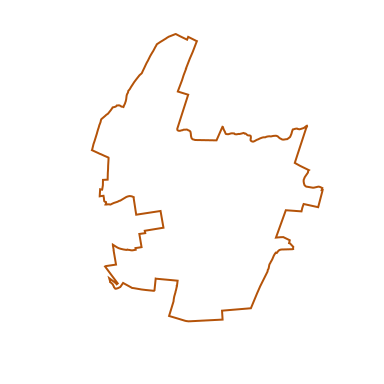 Daneasa, Olt, Romania, rotated 307°
{"feature_id": "2599482B91026732160109", "entity_name": "Daneasa", "entity_type": "district", "adm_level": 2, "iso_a3": "ROU", "parent_name": "Romania", "parent_adm1": "Olt", "projection": "orthographic", "projection_center": [24.592, 44.122], "detail": "fine", "context": "isolated", "style": "outline", "palette": "amber", "viewbox_px": 384, "rotation_deg": 307, "n_neighbors": 0, "source": "geoboundaries", "source_scale": "gbopen_adm2", "svg_char_len": 5894}
<svg xmlns="http://www.w3.org/2000/svg" viewBox="0 0 384 384"><g transform="rotate(307 192 192)"><path d="M279.8,272.2L278.9,267.6L277.9,262.4L277.1,256.6L284.3,254.1L311.2,244.9L312.4,244.6L313.7,244.4L314.0,244.1L314.1,243.9L313.8,243.7L312.2,243.3L310.5,242.8L310.0,242.5L307.6,240.8L306.6,239.9L306.4,239.3L306.0,238.6L305.9,237.8L305.7,237.5L304.8,236.6L304.2,236.1L303.2,235.4L302.7,234.9L302.4,234.9L302.1,235.0L300.5,235.5L298.8,236.2L298.3,236.4L297.5,236.6L295.1,237.2L294.5,237.1L292.7,236.6L291.5,236.2L291.3,236.0L290.7,235.3L289.0,233.7L288.6,233.1L288.3,232.6L288.1,232.0L288.0,231.0L287.9,230.5L287.8,230.2L287.8,228.6L288.0,227.4L288.0,227.0L287.9,226.5L287.7,225.7L287.3,225.0L286.1,223.6L285.4,222.9L284.7,222.3L284.1,221.8L283.5,221.0L283.1,220.3L282.1,219.2L281.5,218.7L280.8,218.1L280.1,217.8L279.8,217.6L279.5,217.3L279.0,216.5L277.8,215.4L275.8,214.1L273.8,213.1L272.9,212.5L272.1,212.1L270.2,211.3L269.7,211.0L269.0,210.5L268.7,210.0L268.5,209.4L268.4,209.0L268.4,208.2L268.5,207.8L269.0,207.4L269.4,207.0L270.6,206.5L271.2,206.0L271.7,205.6L272.0,205.2L272.1,204.8L272.0,204.4L271.8,203.9L271.3,203.3L271.0,202.7L270.8,202.2L270.8,201.7L270.9,200.7L270.9,199.5L270.6,199.1L270.3,198.9L270.3,198.7L270.3,197.8L270.1,197.6L268.4,196.3L267.1,195.2L266.8,194.9L266.2,194.0L265.9,193.8L264.9,192.9L264.3,192.0L264.0,191.4L264.0,191.2L264.1,190.7L264.1,190.3L263.8,190.0L263.3,189.1L262.4,188.0L260.1,186.3L259.5,185.5L258.9,184.5L258.8,184.2L258.8,183.9L258.9,183.7L259.5,182.6L259.8,182.2L260.7,180.3L261.1,179.5L261.6,178.9L261.8,178.5L262.4,177.8L262.5,177.5L262.4,177.1L261.5,177.3L260.6,177.5L248.0,180.5L235.4,163.2L235.3,162.9L235.1,162.3L234.7,161.3L234.5,160.8L234.6,159.9L234.8,159.2L235.0,158.9L236.3,157.3L236.8,156.9L237.8,156.0L239.1,154.6L239.3,153.9L239.4,153.6L239.3,152.8L239.2,152.3L239.0,151.8L239.0,151.3L239.0,151.0L239.0,150.9L238.5,149.9L238.3,149.7L237.7,149.1L237.2,148.4L236.6,147.7L236.3,147.6L235.6,147.2L235.1,146.7L234.8,146.4L233.9,145.8L233.5,145.4L233.2,145.0L232.9,144.5L232.7,144.0L232.7,143.5L232.8,142.9L233.6,142.2L267.4,130.4L263.7,120.2L264.2,120.0L265.6,119.6L275.2,116.8L280.3,115.0L286.9,113.1L286.9,112.9L297.2,110.0L304.2,108.3L312.9,105.8L315.4,105.1L315.3,104.8L313.6,95.6L310.7,96.4L309.3,89.3L308.4,84.0L308.1,83.7L302.7,80.4L302.1,80.0L299.6,79.0L298.8,78.8L297.1,78.1L296.0,77.7L293.0,76.5L288.8,75.0L288.5,75.0L287.5,75.3L286.1,75.4L281.1,76.2L279.7,76.3L277.8,76.5L275.4,76.8L270.1,77.8L268.4,78.0L266.7,78.3L262.0,79.3L258.9,79.9L257.2,80.3L256.6,80.4L256.0,80.3L253.7,79.8L248.4,79.7L245.8,79.7L244.9,79.7L243.6,79.8L242.3,79.9L239.1,80.1L236.8,80.4L234.6,80.3L234.3,80.3L233.2,80.9L232.4,81.1L230.9,81.3L229.6,81.8L227.2,83.2L226.3,83.7L224.3,84.6L223.4,84.8L222.5,85.2L220.4,85.6L218.6,86.1L218.3,85.1L217.7,84.2L217.7,83.1L217.6,82.3L217.3,81.6L217.1,81.3L216.5,80.7L216.1,80.2L215.9,79.9L214.7,79.8L214.2,79.6L213.6,79.2L212.7,78.5L211.8,77.7L211.2,77.8L208.6,77.9L204.5,77.8L203.8,77.7L203.5,77.7L202.7,77.3L201.9,77.1L201.4,77.0L200.7,76.9L196.7,76.0L195.7,75.8L195.3,75.8L194.2,76.2L193.0,76.8L190.7,77.5L189.8,77.7L187.0,78.8L185.7,79.2L182.8,80.3L181.6,80.8L174.1,83.5L171.0,84.5L165.9,86.7L165.2,86.9L165.4,87.8L166.8,94.2L166.9,95.0L167.4,96.7L168.2,100.4L168.8,102.8L168.9,103.1L168.9,103.5L169.1,104.0L169.2,104.6L169.0,104.9L162.4,109.3L159.9,111.1L156.7,113.2L153.6,115.4L151.1,117.2L148.1,113.6L143.7,116.8L140.1,118.7L139.7,118.8L138.9,117.0L133.4,120.6L133.0,120.9L134.6,122.4L135.7,123.6L134.1,125.3L132.5,126.8L131.9,127.4L131.8,128.4L131.9,128.6L132.2,129.3L131.9,129.6L131.4,130.2L130.0,130.5L130.4,131.1L131.4,132.1L132.3,133.3L132.5,133.6L132.6,134.0L132.8,134.3L133.0,134.5L134.6,135.3L136.1,136.1L139.4,138.4L141.3,139.3L141.9,139.9L143.7,140.6L148.4,142.5L149.4,143.1L150.2,143.7L151.1,144.5L151.7,145.4L152.3,146.6L152.8,148.6L151.8,149.3L140.3,161.1L157.9,178.3L146.3,190.7L132.6,177.6L131.0,179.4L126.8,175.2L117.6,184.9L115.5,182.9L113.2,180.6L112.0,181.8L109.7,179.7L109.2,179.1L108.7,178.3L108.2,177.1L107.6,176.1L107.2,175.4L106.8,175.0L106.9,174.9L106.2,174.3L105.8,173.6L104.8,171.7L103.7,169.2L103.0,167.2L102.7,165.5L102.6,164.4L102.3,160.5L101.9,160.8L98.4,164.5L98.2,164.5L88.3,175.0L81.0,167.8L80.2,167.4L77.1,177.9L74.3,187.7L73.0,187.4L73.3,186.2L73.4,184.4L73.3,180.5L73.3,177.8L71.5,180.2L70.8,180.7L70.8,182.6L70.5,184.4L69.3,186.7L69.0,187.1L68.9,187.8L68.6,188.9L68.7,189.1L69.0,189.5L70.6,190.7L73.0,191.9L77.9,191.7L78.2,194.0L79.2,200.8L79.2,201.5L79.5,202.2L80.2,203.4L81.9,206.7L83.8,210.4L86.0,214.2L87.7,217.0L88.8,218.8L90.0,220.8L90.4,221.2L91.0,221.2L91.4,220.9L101.0,215.1L101.2,215.6L105.9,223.2L107.7,226.1L108.2,226.9L112.5,233.9L108.3,236.3L108.3,236.1L108.1,236.1L107.5,236.6L105.7,237.5L103.7,238.4L102.7,238.7L102.3,239.0L97.9,240.7L95.5,241.9L94.3,242.6L93.5,243.1L79.2,248.3L82.3,256.6L85.0,264.0L85.5,265.1L86.6,267.0L87.3,267.9L108.5,293.2L115.3,287.4L134.6,309.0L150.1,305.0L157.7,303.2L173.9,300.2L175.5,299.4L176.8,299.3L178.3,298.6L180.1,297.7L180.9,297.4L182.7,297.2L183.5,297.0L184.6,296.9L186.6,296.6L190.2,295.7L191.6,295.5L193.0,295.4L193.6,295.4L194.1,295.5L194.1,296.0L194.3,296.4L194.6,296.4L194.8,296.3L195.5,296.4L196.9,296.4L197.9,296.7L198.3,296.7L198.6,297.0L199.7,297.8L206.8,306.7L207.3,307.1L207.6,306.8L209.2,305.8L209.2,305.5L209.8,301.9L209.9,301.1L209.7,300.5L209.6,300.3L212.3,299.1L210.9,292.0L210.7,291.8L209.1,289.8L206.1,286.5L230.7,278.9L233.9,277.9L238.1,284.4L242.4,291.1L245.8,289.6L249.2,288.5L249.6,288.4L255.8,301.9L271.4,295.5L272.2,295.1L271.6,294.4L273.6,293.7L273.0,291.0L272.7,290.3L272.4,289.8L272.1,289.5L269.0,286.9L268.2,286.0L265.4,280.6L265.1,280.2L265.0,279.4L265.0,279.0L265.3,277.5L265.5,277.3L265.8,276.9L266.1,276.4L267.3,275.1L268.0,274.5L269.1,273.8L270.1,273.6L271.3,273.2L272.1,273.1L277.1,272.9L277.3,272.9L279.0,272.0L279.8,272.2Z" fill="none" stroke="#b45309" stroke-width="2"/></g></svg>